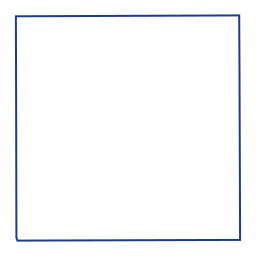 outline of Madison, Nebraska, United States of America
{"feature_id": "52423323B9058174169797", "entity_name": "Madison", "entity_type": "district", "adm_level": 2, "iso_a3": "USA", "parent_name": "United States of America", "parent_adm1": "Nebraska", "projection": "orthographic", "projection_center": [-97.658, 41.917], "detail": "fine", "context": "isolated", "style": "outline", "palette": "blue", "viewbox_px": 256, "rotation_deg": 0, "n_neighbors": 0, "source": "geoboundaries", "source_scale": "gbopen_adm2", "svg_char_len": 215}
<svg xmlns="http://www.w3.org/2000/svg" viewBox="0 0 256 256"><path d="M17.4,240.6L240.1,239.9L239.5,71.5L239.2,15.4L15.9,16.3L16.2,128.3L16.4,237.5L17.4,240.6Z" fill="none" stroke="#1e3a8a" stroke-width="2"/></svg>